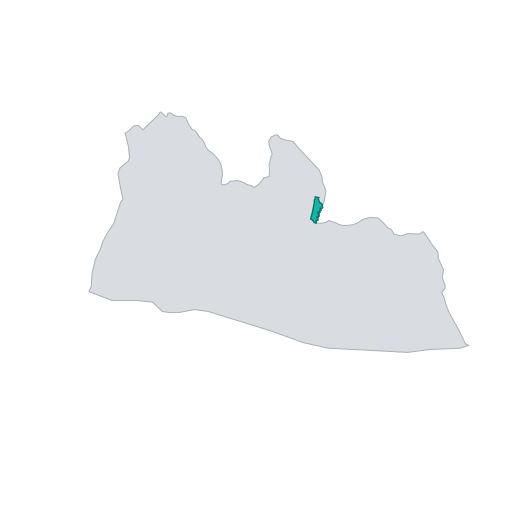 Kparblee, Nimba, Liberia shown in context, rotated 335°
{"feature_id": "62588387B31416079447902", "entity_name": "Kparblee", "entity_type": "district", "adm_level": 2, "iso_a3": "LBR", "parent_name": "Liberia", "parent_adm1": "Nimba", "projection": "orthographic", "projection_center": [-8.524, 6.647], "detail": "fine", "context": "in_parent", "style": "filled", "palette": "teal", "viewbox_px": 512, "rotation_deg": 335, "n_neighbors": 0, "source": "geoboundaries", "source_scale": "gbopen_adm2", "svg_char_len": 3068}
<svg xmlns="http://www.w3.org/2000/svg" viewBox="0 0 512 512"><g transform="rotate(335 256 256)"><path d="M89.5,217.7L93.8,214.0L100.1,202.4L109.0,191.1L117.3,184.5L123.9,177.7L130.8,172.4L140.7,166.4L155.9,150.2L159.4,148.4L161.9,137.2L165.7,123.0L170.1,118.6L180.4,116.0L182.8,113.5L186.5,103.5L188.9,91.8L189.1,89.3L193.2,89.0L200.1,86.5L204.1,87.6L205.9,91.0L206.8,93.8L227.8,86.6L229.6,85.1L230.7,85.4L233.3,91.9L234.9,91.5L236.1,89.6L237.5,89.5L239.2,90.4L240.8,93.4L243.5,96.2L248.0,98.1L250.9,100.8L250.5,107.8L251.6,114.6L253.6,116.2L254.6,120.3L255.2,124.8L256.2,127.1L257.0,131.7L256.6,136.5L257.4,139.9L260.7,145.8L262.8,153.2L262.8,158.5L261.6,164.0L259.4,169.1L255.4,174.6L255.1,176.7L257.4,178.2L260.9,178.4L263.9,177.3L271.3,179.9L275.2,183.5L278.6,188.0L281.7,190.3L283.1,193.1L288.4,192.3L294.5,189.6L295.8,188.3L297.6,189.0L301.6,189.3L304.3,184.4L306.6,178.7L311.3,172.6L313.7,170.3L314.3,166.4L314.6,161.3L316.3,157.0L320.2,154.5L324.5,154.6L326.8,155.5L327.9,159.7L331.3,162.9L334.2,165.2L335.8,166.1L338.2,168.6L340.5,177.1L349.6,204.7L349.2,212.3L347.4,217.3L347.3,222.2L346.7,227.0L341.2,234.8L324.7,250.9L326.0,252.4L329.9,254.2L333.9,255.1L337.2,254.6L341.3,258.7L345.7,263.7L350.4,266.4L357.2,268.7L363.1,268.9L368.1,268.0L375.2,269.0L382.8,273.2L385.5,280.1L387.3,286.1L389.9,289.2L390.3,294.4L395.7,299.0L403.3,299.9L413.2,305.2L415.8,304.9L416.9,304.3L418.1,305.3L420.6,320.8L422.5,329.0L421.5,332.3L420.2,334.9L420.1,347.5L415.7,354.7L414.9,362.6L413.7,365.1L408.9,367.4L408.8,373.4L407.6,380.8L407.1,388.5L408.5,408.9L408.7,424.0L410.9,426.9L401.5,425.7L374.0,414.1L352.8,407.5L281.7,369.6L262.0,354.3L239.3,331.6L188.9,285.8L177.4,278.5L162.9,274.8L154.0,270.9L147.7,266.7L142.6,254.0L130.0,246.4L106.8,235.6L89.5,217.7Z" fill="#d9dde1" stroke="#a8b0b8" stroke-width="1"/><path d="M324.3,251.5L324.5,251.4L324.8,251.1L325.1,250.3L325.2,249.5L326.0,249.2L326.5,249.7L327.3,249.7L327.5,249.2L327.7,248.5L327.7,248.1L328.4,247.6L328.6,247.4L328.4,247.1L327.6,247.1L327.6,246.9L327.7,246.5L328.0,246.1L328.2,245.9L328.4,246.0L328.8,246.1L329.1,246.3L329.4,246.7L330.0,246.6L330.1,245.9L330.3,245.8L330.7,245.3L330.2,244.5L330.3,244.3L330.3,243.9L330.4,243.6L330.0,242.8L330.1,242.7L330.5,242.3L331.3,242.9L331.0,243.7L331.5,243.4L331.9,243.7L332.5,243.3L332.5,243.1L332.7,242.0L333.4,241.8L333.4,242.1L333.4,242.3L334.1,242.2L334.3,241.9L334.1,241.8L333.9,241.2L334.1,240.8L334.6,240.8L335.1,240.5L335.0,240.3L335.5,240.5L335.8,240.6L335.8,240.4L336.5,240.2L337.1,240.0L337.1,239.6L336.9,239.1L337.0,238.4L337.7,237.9L337.7,237.6L337.7,236.9L337.6,236.3L337.6,236.0L336.4,234.8L336.3,234.1L336.3,233.8L336.3,233.5L336.3,233.0L336.4,232.0L336.6,230.8L336.8,230.5L337.5,229.6L337.3,229.5L337.2,229.4L335.6,228.2L334.7,227.5L334.3,228.2L333.6,229.5L333.0,229.8L332.9,229.8L332.1,230.8L332.1,231.1L331.1,232.7L330.5,233.6L327.9,237.1L325.1,240.9L324.5,241.6L322.9,243.4L322.3,244.2L321.2,245.5L321.7,246.2L322.3,247.1L322.7,249.0L323.1,250.4L324.0,251.3L324.2,251.6L324.3,251.5Z" fill="#14b8a6" stroke="#0f766e" stroke-width="1.5"/></g></svg>